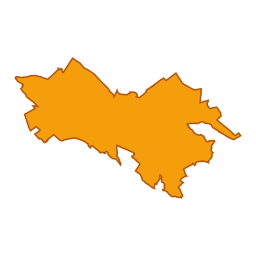 Baluseni, Botosani, Romania (Robinson projection)
{"feature_id": "2599482B50605777408267", "entity_name": "Baluseni", "entity_type": "district", "adm_level": 2, "iso_a3": "ROU", "parent_name": "Romania", "parent_adm1": "Botosani", "projection": "robinson", "projection_center": [26.818, 47.67], "detail": "fine", "context": "isolated", "style": "filled", "palette": "amber", "viewbox_px": 256, "rotation_deg": 0, "n_neighbors": 0, "source": "geoboundaries", "source_scale": "gbopen_adm2", "svg_char_len": 5828}
<svg xmlns="http://www.w3.org/2000/svg" viewBox="0 0 256 256"><path d="M194.7,165.3L195.0,164.9L195.6,164.6L195.8,163.8L195.6,163.3L195.8,162.8L196.7,162.1L197.3,162.0L198.0,161.6L199.9,161.5L200.1,161.2L200.7,161.4L202.2,161.3L203.5,161.0L203.8,161.4L205.0,161.5L206.2,161.8L208.6,162.8L208.6,162.0L208.1,161.3L209.2,160.2L210.3,158.8L211.2,158.1L212.0,156.3L211.7,155.6L211.9,154.7L213.0,152.6L211.9,151.9L211.1,150.5L211.3,149.7L211.1,149.2L211.2,148.5L211.8,148.0L211.5,146.6L211.8,145.2L212.1,144.7L212.8,144.2L214.3,141.8L214.7,141.5L214.7,141.0L213.3,140.5L211.4,140.5L209.0,141.1L209.2,141.4L208.6,141.6L207.4,141.7L206.1,141.4L205.9,141.1L205.9,140.2L205.7,139.7L204.5,138.7L204.0,136.7L203.6,136.1L202.8,135.9L201.3,134.8L200.5,134.6L199.4,135.1L198.6,135.3L198.0,134.9L196.5,134.4L194.3,132.9L193.3,132.0L192.9,130.8L191.7,129.6L191.4,129.3L190.9,129.3L189.2,127.9L189.3,127.7L189.6,127.5L189.6,127.1L189.0,127.0L188.2,126.3L187.6,125.4L188.1,124.7L187.2,124.1L187.2,123.8L187.6,123.7L188.7,124.1L190.3,123.4L191.5,123.3L193.1,123.5L195.2,123.1L195.6,123.4L196.2,123.3L197.1,123.6L197.5,123.6L198.7,123.2L200.4,122.1L201.7,121.7L204.2,122.4L204.4,122.9L205.3,123.3L206.1,123.2L207.0,123.5L208.7,123.5L210.7,124.6L211.3,125.2L212.0,126.6L212.4,126.8L212.9,127.6L215.0,128.9L216.0,129.7L218.0,130.6L218.3,131.0L218.3,131.3L218.8,131.7L219.0,132.1L219.3,132.2L219.8,132.0L220.3,132.2L221.1,132.8L221.4,133.2L224.0,134.5L227.1,136.6L229.2,137.5L230.1,138.3L231.0,138.6L231.6,138.6L232.5,139.2L233.6,139.6L237.1,137.7L240.6,135.7L238.7,133.0L235.4,135.4L235.1,135.5L234.7,135.3L231.1,131.7L225.9,127.3L222.7,124.9L221.4,123.6L216.9,120.0L217.1,119.7L221.1,115.9L220.7,114.8L220.7,113.0L218.5,109.9L217.5,108.2L216.6,107.2L213.3,107.7L210.3,108.7L209.6,108.4L208.3,106.9L207.1,104.4L207.3,103.0L208.2,101.2L208.2,100.3L200.2,102.7L200.5,96.6L201.2,93.7L201.2,92.9L200.9,92.3L201.2,89.7L201.1,88.8L194.3,89.9L190.0,87.8L186.6,85.7L183.9,84.3L182.4,83.2L175.9,73.1L166.3,80.4L165.5,79.9L163.6,78.1L161.8,79.4L161.7,79.3L161.1,79.6L153.2,85.5L153.4,85.7L151.8,86.8L151.7,86.5L151.3,86.7L151.4,86.9L146.5,90.1L146.2,90.7L146.1,91.6L146.4,91.8L142.1,95.6L141.7,95.7L139.1,97.7L136.3,96.7L136.9,96.1L137.2,95.6L137.2,94.8L136.9,94.0L136.3,93.2L134.1,92.2L132.1,92.0L129.7,92.3L129.8,93.4L128.9,93.5L127.0,94.7L126.3,94.8L122.3,94.4L119.5,93.9L118.9,93.3L118.3,92.9L117.8,92.0L117.4,91.7L117.1,90.4L114.4,96.3L114.0,96.8L113.8,95.5L113.0,94.1L110.5,92.0L109.1,90.2L108.6,89.1L107.4,87.6L105.9,86.3L101.4,81.8L94.1,74.0L88.2,70.0L84.6,68.2L83.3,67.1L80.1,63.2L78.4,62.0L75.8,60.4L72.6,58.2L63.2,72.6L62.7,72.5L61.9,68.9L60.9,68.7L60.0,69.7L58.2,68.2L57.9,69.3L58.1,69.6L57.6,70.1L53.0,74.6L47.7,79.3L44.9,78.3L43.4,78.0L41.1,76.9L37.7,76.2L36.5,75.7L34.2,75.5L32.0,75.7L31.3,75.5L30.0,76.1L28.3,76.3L27.4,76.6L26.3,77.3L24.5,77.0L23.6,77.1L23.3,77.6L18.9,77.2L18.3,76.9L17.2,76.7L16.1,76.8L15.4,77.6L15.4,77.9L15.8,78.3L15.7,78.7L16.2,78.9L16.2,79.3L16.6,79.5L17.5,81.2L19.7,82.6L20.9,83.1L22.6,84.2L23.1,84.6L23.0,84.9L22.3,85.3L22.6,85.7L22.5,86.2L22.8,86.5L22.3,87.0L22.2,87.4L21.5,88.1L20.9,88.4L21.3,89.4L22.6,91.3L23.8,92.6L25.6,94.3L26.6,96.7L28.0,98.0L33.7,102.3L37.7,106.5L37.0,106.5L35.6,105.9L34.7,105.9L33.8,106.1L33.0,105.9L33.9,107.2L35.1,108.5L24.8,114.2L24.6,114.5L28.8,127.1L29.6,129.0L30.4,130.7L30.6,130.8L36.1,126.6L39.0,129.1L39.7,129.6L39.8,130.4L39.5,130.6L39.5,130.8L34.8,134.1L39.0,138.8L41.0,138.9L42.2,139.9L43.5,142.0L44.0,141.7L44.9,142.7L47.4,140.9L47.0,140.8L46.7,140.3L53.8,134.7L59.3,139.8L60.1,140.3L61.8,140.9L62.6,140.8L63.9,140.0L68.7,138.9L74.5,138.0L76.0,138.3L82.3,140.4L84.6,141.6L87.6,143.6L87.9,144.1L88.7,146.3L90.3,147.9L90.8,147.3L91.3,145.6L92.0,146.1L92.8,146.1L95.8,148.8L98.8,150.8L99.2,151.9L100.5,152.9L100.9,152.9L101.7,152.2L102.3,152.1L103.7,152.8L104.1,152.7L104.2,153.3L104.5,153.4L104.8,153.1L105.2,153.1L105.3,152.2L105.6,152.0L106.0,151.3L107.3,152.1L107.8,152.7L108.2,154.7L109.0,155.2L110.0,156.7L112.9,158.7L114.8,158.7L115.9,159.2L117.2,160.4L117.4,160.6L117.4,161.0L117.9,161.4L118.7,162.5L119.5,163.1L120.2,164.4L120.1,164.7L120.5,165.0L120.4,163.9L120.7,163.1L120.0,162.1L118.7,158.4L118.2,157.7L117.5,157.0L116.6,155.5L116.7,155.2L117.1,154.8L117.1,153.8L117.3,153.7L117.3,152.9L117.2,151.3L116.7,149.3L116.8,145.4L118.3,145.8L118.3,146.0L121.9,147.7L128.1,150.1L128.8,150.6L133.9,152.8L134.1,153.2L133.9,153.4L134.0,153.7L134.5,154.3L134.1,154.5L133.6,155.2L132.6,156.0L131.8,156.2L131.8,156.4L131.9,156.9L132.5,157.0L132.8,157.9L134.0,158.3L137.0,161.4L138.7,162.6L139.1,163.0L139.4,163.8L139.7,163.9L139.8,164.3L135.5,171.0L139.4,173.7L140.8,175.3L141.5,177.0L142.3,180.0L142.6,180.4L144.3,181.3L146.0,183.2L148.2,184.5L152.5,187.8L154.5,188.4L153.9,187.4L153.9,187.0L154.5,186.0L154.7,184.9L154.7,183.9L155.1,183.6L156.4,184.2L156.6,184.3L156.7,184.1L157.0,183.4L156.8,183.2L157.2,182.7L157.6,181.9L159.8,179.1L160.1,178.3L160.0,177.8L159.7,177.0L159.8,175.2L160.6,175.2L161.2,175.8L161.5,176.6L161.7,176.9L161.6,178.1L161.3,179.0L161.6,179.7L161.7,181.9L163.4,182.8L164.3,183.7L164.7,184.5L164.4,184.8L164.2,185.4L164.6,185.8L164.4,186.2L164.2,187.2L164.8,188.0L164.3,188.6L163.8,189.4L163.0,189.5L162.7,189.7L162.7,190.0L163.0,190.4L163.6,190.6L164.8,190.5L165.9,191.0L166.3,191.6L167.2,191.9L167.5,192.5L168.6,193.5L169.0,194.4L170.5,195.3L170.8,195.8L172.0,196.2L172.5,196.5L172.4,196.6L172.8,196.8L173.1,196.8L173.3,196.5L175.4,196.4L176.4,197.0L177.4,196.9L179.0,197.4L180.2,197.3L181.4,197.8L182.7,195.6L182.0,194.3L181.9,193.9L181.5,193.3L179.8,189.2L178.6,188.1L178.7,187.3L178.5,187.0L183.3,182.5L182.5,182.0L182.3,182.1L180.2,180.6L180.9,179.2L182.2,178.1L184.4,176.8L186.0,176.1L186.7,176.0L186.2,175.7L185.1,173.3L184.4,171.0L183.6,169.0L191.0,165.0L191.8,164.8L192.9,163.2L194.7,165.3Z" fill="#f59e0b" stroke="#b45309" stroke-width="1.5"/></svg>